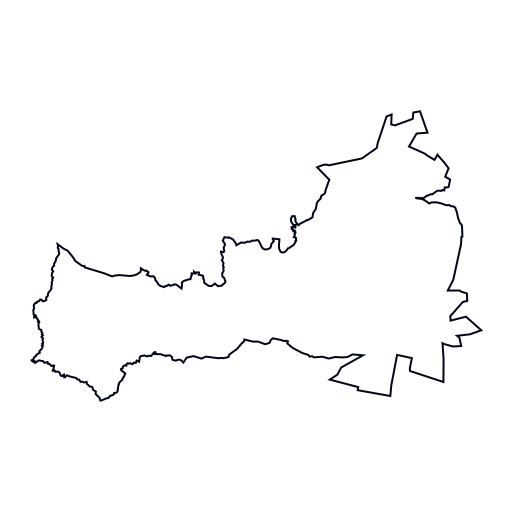 outline of Temascaltepec, México, Mexico
{"feature_id": "50627088B67806345736570", "entity_name": "Temascaltepec", "entity_type": "district", "adm_level": 2, "iso_a3": "MEX", "parent_name": "Mexico", "parent_adm1": "México", "projection": "albers", "projection_center": [-100.05, 19.108], "detail": "fine", "context": "isolated", "style": "outline", "palette": "ink", "viewbox_px": 512, "rotation_deg": 0, "n_neighbors": 0, "source": "geoboundaries", "source_scale": "gbopen_adm2", "svg_char_len": 5990}
<svg xmlns="http://www.w3.org/2000/svg" viewBox="0 0 512 512"><path d="M317.1,167.3L329.3,179.7L325.7,189.8L325.1,192.8L324.4,193.8L321.4,195.7L320.6,198.6L318.1,201.1L316.9,203.0L315.8,208.9L313.1,213.1L312.5,217.3L307.6,220.2L306.5,220.1L306.1,220.7L299.8,223.9L298.6,225.2L296.9,223.6L295.6,221.6L295.3,220.0L295.6,219.6L294.6,216.1L292.1,216.2L290.9,219.1L291.2,221.8L293.4,224.9L294.4,225.2L295.8,224.9L295.3,227.5L293.5,226.6L293.1,226.6L293.0,227.2L291.5,227.2L291.6,228.2L292.3,228.8L292.0,229.2L293.0,229.7L293.3,231.1L294.4,230.6L294.5,231.3L295.0,231.2L295.5,232.3L295.1,232.9L295.2,233.4L294.5,233.9L294.8,235.6L293.8,237.1L295.9,237.9L296.1,240.1L295.5,240.8L295.9,241.2L293.7,244.9L289.0,248.1L287.9,248.4L286.9,250.0L285.3,251.6L283.9,252.3L282.2,252.5L280.7,251.9L279.2,248.9L278.9,246.0L279.4,239.3L272.7,238.5L272.6,238.8L273.8,241.1L271.2,244.2L271.1,245.9L270.1,248.1L267.6,249.2L264.5,249.5L262.1,247.7L258.9,241.1L257.6,240.0L254.4,240.7L252.3,240.6L249.8,241.8L247.6,241.6L244.7,242.8L241.1,242.5L236.4,245.3L235.6,243.0L233.3,239.8L231.9,238.8L228.7,237.4L228.5,237.7L224.4,237.2L222.8,240.5L225.1,244.3L223.6,247.9L224.3,251.0L223.6,252.2L221.0,251.5L220.8,252.2L221.7,254.7L222.9,256.9L222.6,259.3L221.8,260.2L223.5,263.0L222.9,266.0L223.8,267.1L223.3,268.4L223.6,270.9L222.2,273.3L222.4,276.6L224.1,277.8L225.5,281.6L224.6,283.3L222.8,284.4L222.0,285.6L218.1,286.2L214.9,283.6L211.7,286.0L209.5,286.1L208.3,285.6L204.3,282.9L204.0,279.7L203.1,278.3L203.3,277.0L203.1,276.0L202.4,275.5L198.7,274.8L199.0,272.5L196.5,272.4L196.0,273.3L194.2,271.8L194.5,273.5L191.7,273.3L191.7,275.5L191.3,275.6L190.5,279.2L189.2,279.2L183.9,280.9L181.9,282.4L182.0,285.1L181.5,288.6L176.7,284.9L175.2,284.4L174.0,284.4L172.8,285.3L171.0,285.3L170.3,285.8L168.5,284.7L166.5,286.1L165.3,286.1L164.2,287.1L160.1,285.8L158.3,284.3L156.9,281.7L155.5,280.4L155.1,278.3L153.6,276.3L150.6,276.4L146.9,275.0L147.7,273.6L148.2,273.4L148.5,272.2L146.3,270.6L145.2,270.8L143.2,269.9L140.9,268.3L140.9,270.5L140.3,272.1L136.8,274.4L133.6,275.5L129.6,276.0L119.7,275.1L114.6,275.6L112.6,276.3L111.2,276.1L104.2,273.3L84.7,267.4L84.6,266.1L81.9,265.7L75.3,261.0L73.0,257.3L67.8,250.8L63.4,248.5L57.6,244.2L58.1,246.4L57.7,247.8L58.7,249.2L58.5,251.0L59.2,252.9L58.8,254.7L56.1,258.3L55.8,260.8L54.0,264.0L54.2,265.5L53.2,266.3L51.9,268.6L52.0,269.9L53.2,271.3L52.0,273.0L51.7,276.1L53.2,277.7L52.1,279.0L52.5,280.4L51.7,282.4L51.9,284.4L51.3,286.3L51.5,288.4L50.1,290.7L48.3,292.7L47.8,295.6L47.3,296.5L46.2,297.3L46.3,300.0L44.6,301.0L42.8,301.3L41.4,299.6L40.1,299.5L39.3,301.0L36.9,301.8L36.6,302.9L35.1,303.2L33.9,304.8L33.7,306.4L34.2,308.2L33.3,310.0L33.7,314.8L35.7,315.4L35.6,316.2L34.1,317.0L34.1,317.4L36.3,317.0L36.5,318.0L38.0,319.6L37.9,321.5L39.0,321.3L39.3,321.7L38.4,324.3L38.8,327.9L38.9,328.8L41.4,330.1L41.4,331.9L42.3,332.8L42.4,333.4L41.8,334.4L42.9,335.3L41.5,336.9L43.0,338.4L42.6,339.3L42.6,340.8L43.2,342.6L43.0,343.2L42.2,343.8L42.9,345.0L41.9,345.5L42.6,346.8L42.5,347.3L41.3,349.4L39.4,351.1L39.8,352.8L38.2,353.5L36.2,355.1L35.9,356.1L34.0,357.4L33.4,359.3L30.7,360.7L31.7,360.5L33.2,361.8L33.9,360.8L34.6,360.9L35.2,362.9L38.7,360.4L43.2,361.2L44.3,362.8L45.6,362.7L47.2,362.0L47.6,362.1L48.0,363.8L49.6,364.0L51.2,365.8L51.8,366.1L53.5,365.4L54.1,365.6L53.4,369.3L52.7,370.3L52.8,370.8L54.7,370.5L55.3,371.8L58.2,371.6L59.5,372.6L60.6,375.3L61.5,376.1L62.7,375.9L63.4,374.7L64.0,374.5L64.3,377.4L65.2,377.1L66.9,375.3L70.7,376.7L76.2,378.0L77.4,379.5L79.1,379.5L80.5,381.9L82.4,381.6L84.5,382.5L86.6,381.9L87.0,384.0L89.7,386.4L92.0,386.9L92.4,387.3L93.1,389.8L95.9,391.6L95.6,394.0L99.6,397.9L100.2,400.1L100.8,400.7L106.8,398.2L108.4,398.1L110.0,396.0L113.2,394.8L114.0,394.2L114.1,393.0L116.3,392.7L117.5,391.6L118.5,384.7L119.0,384.2L118.9,383.1L122.2,379.8L123.2,377.4L123.9,376.9L125.2,373.5L120.9,369.8L121.0,369.0L122.8,368.1L122.9,366.8L123.5,366.0L124.9,365.3L126.3,365.7L126.5,364.2L127.8,363.2L128.7,363.6L130.5,363.2L130.9,363.7L132.6,364.1L133.9,362.6L135.8,362.9L136.7,360.6L139.1,361.7L139.9,357.0L140.9,356.1L144.4,355.5L147.3,356.4L148.8,355.7L151.2,356.0L153.9,352.5L155.0,352.1L155.4,352.1L155.5,352.7L154.3,353.7L154.4,354.0L160.9,354.2L163.1,355.2L165.6,355.6L165.9,356.1L167.1,355.5L170.0,355.4L172.1,357.2L172.2,359.2L172.7,359.9L175.8,360.6L178.4,359.7L180.0,359.8L181.2,360.4L183.3,362.6L186.7,357.6L193.5,356.1L201.4,358.6L205.9,356.6L218.0,358.2L221.9,357.9L222.6,358.2L225.1,357.9L228.6,356.9L229.1,354.7L237.1,348.9L241.9,343.2L244.1,341.3L244.4,339.5L253.0,341.6L257.9,341.6L265.2,344.2L269.5,342.9L270.7,340.2L272.7,338.3L280.7,339.9L283.9,341.0L286.1,340.8L287.9,341.3L287.2,343.3L292.6,347.9L302.5,353.1L308.3,354.9L309.6,356.6L312.0,356.2L314.0,357.4L322.1,356.7L328.9,358.5L335.3,357.0L341.7,357.4L346.0,357.2L347.9,356.8L352.6,354.4L363.0,355.3L341.2,367.5L337.3,374.7L329.8,379.6L358.2,387.1L357.7,390.2L390.3,396.0L391.3,385.3L397.1,354.9L411.9,358.1L409.8,368.4L410.0,371.0L443.4,382.0L443.6,359.9L442.5,343.2L444.3,344.1L453.0,346.5L461.2,346.0L459.4,337.7L457.1,335.8L470.0,334.3L481.3,330.3L466.0,316.7L450.6,320.6L450.3,316.2L462.8,302.0L467.2,300.9L466.9,293.4L461.3,291.7L459.7,290.5L447.8,290.5L453.3,279.7L461.0,244.3L461.4,237.0L462.4,236.6L462.0,225.8L461.3,224.3L460.0,223.2L458.1,218.1L456.9,212.4L455.3,207.8L453.9,206.5L451.1,206.2L449.4,205.1L446.1,205.2L441.9,203.6L436.6,202.3L431.6,202.4L429.3,203.5L424.5,200.1L421.4,198.9L419.9,198.8L419.0,198.3L417.4,198.6L417.1,198.1L415.2,197.9L419.6,197.9L420.0,198.7L421.8,197.9L423.4,198.2L426.5,196.0L431.0,194.2L432.1,194.4L437.3,190.7L441.7,190.8L442.3,190.0L444.3,190.4L444.7,187.5L447.8,187.3L448.7,186.8L450.1,179.5L445.2,176.7L448.6,168.3L443.8,162.0L437.4,154.7L434.6,159.9L426.2,154.9L425.6,154.0L409.0,146.5L416.6,133.5L427.5,132.7L420.0,111.3L413.4,112.5L412.7,118.9L394.9,125.4L391.2,124.4L391.6,114.5L386.6,116.4L377.7,143.1L376.8,147.9L362.0,158.4L329.0,165.3L326.2,164.6L323.1,164.9L317.1,167.3Z" fill="none" stroke="#020617" stroke-width="2"/></svg>